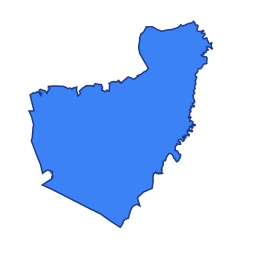 Ayutla de los Libres, Guerrero, Mexico, rotated 80°
{"feature_id": "50627088B87569802470546", "entity_name": "Ayutla de los Libres", "entity_type": "district", "adm_level": 2, "iso_a3": "MEX", "parent_name": "Mexico", "parent_adm1": "Guerrero", "projection": "orthographic", "projection_center": [-99.08, 16.972], "detail": "fine", "context": "isolated", "style": "filled", "palette": "blue", "viewbox_px": 256, "rotation_deg": 80, "n_neighbors": 0, "source": "geoboundaries", "source_scale": "gbopen_adm2", "svg_char_len": 5632}
<svg xmlns="http://www.w3.org/2000/svg" viewBox="0 0 256 256"><g transform="rotate(80 128 128)"><path d="M34.4,44.9L35.4,46.4L35.7,50.6L36.9,54.9L36.9,56.6L35.5,58.0L36.9,59.9L38.0,62.6L38.6,67.8L38.3,73.4L38.6,78.1L36.0,82.3L32.6,86.3L31.5,92.5L32.0,92.5L36.4,96.2L37.7,99.0L41.8,101.0L44.3,101.4L48.8,103.1L51.6,103.6L56.9,103.4L72.9,97.6L74.9,99.8L75.6,102.7L77.2,105.3L78.1,109.7L79.0,109.1L79.0,109.5L79.8,111.3L81.2,113.7L79.8,115.4L77.7,118.9L81.8,126.1L82.4,126.3L82.6,127.2L82.5,127.5L81.7,127.4L81.3,127.7L81.2,127.9L81.6,128.3L81.4,128.6L80.8,128.8L79.9,128.6L79.4,129.0L79.5,129.5L80.0,129.7L80.7,131.5L80.4,132.7L79.8,133.6L80.2,134.8L79.7,135.6L80.7,138.2L80.7,138.9L81.4,138.7L83.3,138.8L89.1,140.3L88.5,140.4L88.1,141.2L87.1,141.8L87.1,142.6L87.7,142.7L88.3,144.6L87.6,145.3L86.9,145.5L86.8,146.5L86.1,146.7L86.0,147.1L85.2,146.9L84.2,146.2L83.5,146.1L83.0,146.1L82.0,146.9L81.6,146.5L81.1,146.5L80.6,146.7L80.1,148.3L80.1,149.1L78.7,152.4L79.3,153.4L80.4,154.4L81.2,154.5L79.9,156.8L79.1,161.9L79.5,162.2L80.7,165.6L81.3,166.0L81.7,167.3L83.1,169.2L84.0,169.3L85.3,168.9L86.2,169.1L87.6,171.8L83.4,171.9L83.0,172.4L78.8,171.3L79.2,175.5L80.1,176.3L80.0,176.5L78.7,177.8L78.6,178.4L78.9,180.2L78.3,180.7L75.8,184.3L73.9,192.8L73.2,199.2L74.7,199.5L74.8,198.7L75.4,198.3L75.8,198.7L76.6,198.8L76.8,199.2L76.9,200.0L77.5,200.0L77.8,200.5L78.2,201.0L79.9,201.5L79.9,201.8L76.9,203.2L76.0,205.5L74.7,207.4L75.2,208.7L75.6,209.0L76.2,209.1L76.9,209.1L77.7,208.7L78.8,207.0L80.8,208.2L78.2,209.4L77.5,209.9L76.5,211.3L76.5,211.7L77.4,212.9L77.3,214.8L76.8,214.9L78.4,218.7L94.7,217.6L94.6,219.5L94.0,222.5L99.8,221.0L108.6,220.4L111.0,221.4L121.0,224.0L123.8,225.4L141.5,222.1L148.5,220.5L157.8,220.0L155.4,214.7L155.5,213.9L156.5,212.8L156.2,212.4L156.3,212.2L156.9,211.6L157.2,211.5L157.5,211.2L158.6,211.4L158.5,211.0L157.8,210.4L158.1,210.0L159.5,210.6L161.1,210.4L161.6,210.6L162.1,210.6L162.0,211.1L162.2,211.4L162.4,211.4L162.7,210.7L163.7,210.7L163.7,211.6L164.5,211.7L164.7,212.3L165.1,212.7L169.2,222.3L175.6,213.0L201.0,179.4L207.8,170.0L215.6,162.4L224.5,152.9L223.2,151.5L220.7,149.5L218.9,148.7L217.3,146.4L217.0,143.4L209.0,139.5L205.9,136.7L204.6,132.6L206.8,129.9L198.3,130.9L193.8,124.0L191.6,114.7L184.1,112.3L181.3,112.1L179.1,111.3L178.1,111.2L177.3,110.5L177.2,110.1L177.4,109.7L176.9,109.4L176.8,108.7L176.2,108.2L176.7,107.7L177.5,107.7L177.8,107.5L177.8,106.9L177.6,106.4L178.0,106.0L177.7,105.5L178.2,105.4L177.8,105.0L177.9,104.5L178.3,104.6L178.6,104.4L178.5,104.2L178.6,103.9L178.3,103.5L178.8,102.7L178.7,101.9L178.1,102.3L177.4,102.2L177.0,102.7L175.6,102.0L174.6,102.4L174.5,102.2L174.6,101.8L173.0,101.6L170.6,99.8L169.8,99.5L169.5,99.7L168.3,99.8L168.4,99.5L167.8,99.6L166.7,98.0L166.0,97.6L166.1,97.1L166.4,96.9L166.2,96.7L166.3,96.5L165.4,96.2L165.0,95.8L164.8,95.9L163.7,95.6L163.5,95.4L163.5,95.1L162.5,94.5L160.4,92.3L160.4,90.8L161.2,89.6L163.1,88.5L165.9,88.0L166.9,86.9L168.2,86.8L169.7,85.9L169.8,85.4L168.6,83.6L168.1,83.2L167.1,83.1L166.6,81.9L165.5,82.0L165.2,81.7L164.7,81.0L163.4,80.8L162.8,81.3L162.6,82.0L162.1,82.7L161.4,82.9L160.6,82.7L159.9,83.3L159.3,83.4L159.0,83.7L158.5,85.2L158.0,85.7L156.8,84.9L155.0,85.0L154.7,84.8L153.2,82.9L152.9,82.8L152.3,83.0L152.0,82.7L152.1,82.1L152.6,81.6L152.8,81.0L153.1,79.4L153.1,79.0L152.3,78.9L151.1,79.7L150.8,79.3L150.3,79.2L150.2,80.4L149.8,81.0L148.9,80.7L148.3,80.1L148.1,79.1L148.5,77.8L149.2,77.1L150.6,76.4L150.6,76.0L150.1,75.1L149.0,74.4L148.2,75.3L147.6,74.7L147.0,75.0L146.6,75.6L146.2,75.7L145.8,75.4L145.8,74.9L146.1,74.4L146.6,73.9L147.6,73.6L147.8,73.0L147.5,72.6L146.7,72.4L145.3,72.8L144.9,72.7L145.1,71.6L146.0,70.4L146.2,69.2L145.0,68.8L143.4,70.1L141.1,70.2L141.1,69.7L141.5,69.1L141.5,68.2L142.8,65.8L142.7,65.4L141.8,65.1L141.4,65.3L140.3,68.4L140.0,68.7L139.0,67.6L137.2,67.0L137.2,66.6L137.9,65.8L138.9,65.6L139.2,65.3L139.3,64.7L139.1,64.3L138.2,64.0L137.7,64.1L136.8,64.8L136.0,64.5L135.9,63.9L136.8,63.1L137.3,62.4L137.0,61.3L136.5,61.2L136.3,61.3L135.9,62.6L134.9,63.4L133.1,63.1L131.8,64.7L132.2,65.8L131.8,66.0L129.2,65.2L128.7,64.2L128.2,64.2L127.8,65.0L128.4,65.7L128.7,66.6L127.7,66.7L126.7,65.2L124.9,64.9L122.9,64.3L122.8,64.1L123.0,63.5L122.4,63.1L122.1,63.0L121.2,63.9L120.5,64.2L120.2,63.0L119.7,62.2L117.6,62.5L117.4,62.2L118.1,61.3L118.7,59.5L118.5,59.3L117.4,58.8L117.2,59.0L117.0,59.8L116.7,60.2L115.2,60.5L114.9,60.3L115.0,59.3L114.9,58.9L113.9,57.7L113.2,58.1L112.0,57.8L110.4,58.4L108.8,58.2L107.3,58.4L106.5,58.0L105.9,56.7L105.5,56.4L104.3,56.2L103.7,57.0L102.9,57.2L100.8,55.0L99.1,55.3L98.3,55.1L96.9,53.9L95.1,53.4L94.4,53.4L93.7,53.8L93.2,53.8L92.5,52.9L91.3,52.4L90.0,51.5L89.5,51.6L89.1,52.3L87.7,52.6L87.2,52.6L85.5,50.9L85.0,50.0L83.9,49.4L83.0,49.2L82.1,48.5L81.9,47.5L82.2,46.7L82.2,46.1L80.0,43.7L79.0,43.1L78.2,42.3L78.3,39.7L77.9,39.1L76.2,39.1L75.1,38.5L72.3,38.0L71.2,39.0L71.0,40.3L70.4,42.1L69.6,43.0L69.2,43.3L68.9,43.2L68.5,42.3L68.9,41.4L68.8,40.7L68.0,40.4L67.2,40.7L66.7,40.6L66.7,40.1L67.3,39.2L66.9,38.0L66.6,37.8L65.7,37.8L64.8,37.4L65.3,35.9L65.2,35.6L64.7,35.4L63.5,36.2L61.9,36.5L62.0,34.4L62.7,33.7L63.0,32.8L64.6,32.0L64.8,31.7L64.2,31.1L62.6,31.9L60.3,31.6L58.9,30.6L58.5,30.8L59.0,32.4L59.0,33.0L58.6,33.6L58.3,33.8L56.8,34.0L55.0,34.8L54.4,34.8L53.4,34.6L52.9,34.9L52.7,35.2L53.5,36.9L53.2,37.7L52.3,38.7L51.7,38.6L50.9,38.0L49.7,36.1L49.0,35.9L47.9,36.2L47.8,38.2L47.4,39.0L46.7,39.1L46.1,38.3L45.9,36.8L45.4,36.5L45.1,36.7L45.0,37.1L45.5,39.7L45.4,40.9L44.9,42.1L44.0,43.2L43.4,43.3L40.6,41.6L39.2,41.4L38.8,41.6L38.6,42.1L38.5,43.3L38.1,43.8L37.6,44.0L36.5,43.7L35.1,44.7L34.4,44.9Z" fill="#3b82f6" stroke="#1e3a8a" stroke-width="1.5"/></g></svg>